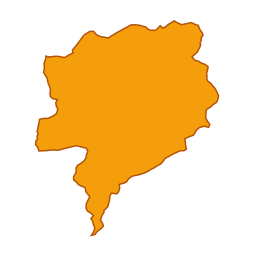 Monte Alto, São Paulo, Brazil (Equal Earth projection), rotated 263°
{"feature_id": "56859067B42660114948434", "entity_name": "Monte Alto", "entity_type": "district", "adm_level": 2, "iso_a3": "BRA", "parent_name": "Brazil", "parent_adm1": "São Paulo", "projection": "equal_earth", "projection_center": [-48.551, -21.258], "detail": "fine", "context": "isolated", "style": "filled", "palette": "amber", "viewbox_px": 256, "rotation_deg": 263, "n_neighbors": 0, "source": "geoboundaries", "source_scale": "gbopen_adm2", "svg_char_len": 2506}
<svg xmlns="http://www.w3.org/2000/svg" viewBox="0 0 256 256"><g transform="rotate(263 128 128)"><path d="M33.8,91.7L36.7,91.0L40.0,89.5L42.2,90.5L44.9,92.0L46.9,93.7L49.1,94.1L50.7,96.3L52.6,98.6L54.9,99.3L57.7,100.6L59.9,101.2L62.5,101.5L65.3,103.7L64.0,109.0L66.0,110.9L69.2,112.4L73.1,112.4L73.8,117.4L74.7,120.0L77.0,121.9L78.8,124.3L79.9,127.4L80.1,131.3L80.6,135.0L81.3,138.7L82.7,142.9L84.1,145.5L85.4,149.4L86.7,151.9L88.6,156.5L91.0,159.0L93.7,161.8L94.8,165.2L96.3,168.6L97.5,171.9L99.1,177.3L98.6,180.7L99.9,183.3L102.6,183.1L106.1,183.1L110.5,183.2L111.8,187.3L112.9,192.0L115.2,194.0L117.5,195.6L119.7,198.9L120.5,203.7L118.9,208.1L121.5,209.6L125.5,207.5L128.6,206.3L132.2,207.0L136.3,207.8L137.8,210.2L139.1,213.0L140.7,215.0L142.5,218.8L145.9,220.9L149.0,221.8L155.9,219.6L158.2,218.2L162.6,215.3L164.8,212.9L167.2,212.1L169.6,212.7L172.9,212.7L175.2,213.8L179.0,215.0L181.8,212.3L183.3,209.0L185.7,206.1L187.3,202.3L191.0,200.3L192.6,202.8L195.0,206.1L198.7,208.6L201.5,210.2L203.7,209.9L205.7,211.2L208.9,211.8L210.8,213.8L213.5,213.2L217.6,211.1L221.3,210.3L222.5,207.5L224.9,203.8L224.7,200.7L224.3,197.5L224.1,193.7L226.5,189.6L228.7,187.1L226.0,180.9L224.0,177.8L222.8,175.0L225.6,172.4L223.3,169.7L221.6,167.5L222.1,163.2L223.4,160.0L226.1,158.1L227.1,155.3L228.4,152.5L229.4,148.6L230.0,143.8L227.9,138.3L226.2,134.0L225.0,131.2L224.0,128.3L222.6,125.6L221.4,122.6L219.7,119.7L221.1,115.3L222.3,111.3L224.2,108.3L226.2,106.9L228.2,105.5L228.5,101.8L226.9,98.4L225.5,95.6L218.5,88.9L215.8,86.2L212.1,82.3L209.2,82.5L207.6,78.1L205.6,73.7L207.6,67.6L208.2,63.0L207.9,59.4L209.3,55.2L207.0,54.9L204.4,53.7L202.3,52.5L199.9,52.5L196.8,52.2L193.6,50.9L189.6,52.8L187.4,53.7L182.3,54.2L177.0,55.6L174.7,55.6L172.1,54.8L169.0,54.8L166.5,56.6L164.7,61.2L161.6,59.3L158.5,59.5L155.7,60.5L153.2,59.9L150.4,58.0L148.7,54.1L147.4,49.8L147.8,44.5L147.3,41.3L144.7,40.5L140.3,39.0L135.1,37.3L132.9,38.2L131.1,36.7L128.1,36.8L126.3,35.0L122.8,34.2L119.9,36.0L116.1,36.8L115.5,43.9L115.5,48.2L115.2,52.5L114.4,55.4L115.1,60.6L116.2,69.2L116.7,74.7L113.0,84.3L109.3,85.2L107.2,83.7L103.2,82.5L100.7,80.3L98.7,77.1L97.1,73.5L95.2,71.8L92.8,71.3L90.4,71.2L87.9,69.2L85.7,67.9L83.0,67.8L81.2,69.7L77.6,72.2L76.0,74.7L74.1,78.2L71.8,78.3L69.5,78.6L66.9,80.2L64.5,81.7L60.9,79.3L57.7,77.3L53.7,76.6L50.6,77.6L47.7,81.1L45.2,83.0L42.8,80.2L39.2,81.6L36.2,81.9L32.8,82.9L28.9,81.2L26.0,78.6L26.4,82.4L28.5,84.2L30.1,86.6L31.5,89.2L33.8,91.7Z" fill="#f59e0b" stroke="#b45309" stroke-width="1.5"/></g></svg>